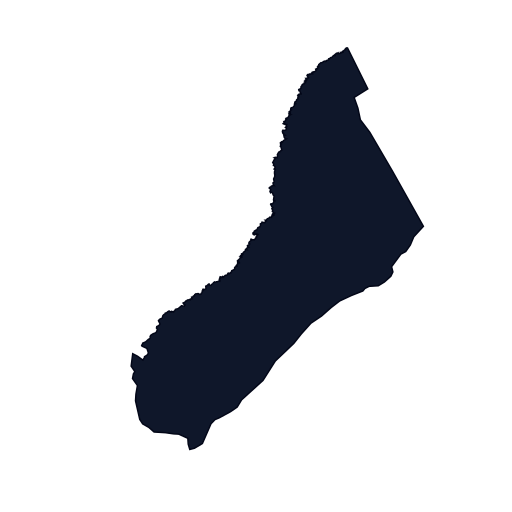 Gamboula, Mambéré-Kadéï, Central African Republic (Equal Earth projection), rotated 61°
{"feature_id": "33826404B15620845480465", "entity_name": "Gamboula", "entity_type": "district", "adm_level": 2, "iso_a3": "CAF", "parent_name": "Central African Republic", "parent_adm1": "Mambéré-Kadéï", "projection": "equal_earth", "projection_center": [14.923, 4.351], "detail": "fine", "context": "isolated", "style": "filled", "palette": "ink", "viewbox_px": 512, "rotation_deg": 61, "n_neighbors": 0, "source": "geoboundaries", "source_scale": "gbopen_adm2", "svg_char_len": 6130}
<svg xmlns="http://www.w3.org/2000/svg" viewBox="0 0 512 512"><g transform="rotate(61 256 256)"><path d="M374.3,410.0L382.4,404.0L387.7,406.5L393.1,407.7L394.3,403.0L394.0,393.8L380.9,376.7L379.2,371.2L379.7,366.7L379.8,353.7L379.0,345.7L374.8,338.3L368.2,310.2L357.2,290.0L350.8,265.4L346.1,254.1L341.4,240.5L340.3,227.8L337.5,215.1L335.9,204.6L336.8,191.7L338.4,179.5L337.2,176.5L337.4,171.7L341.3,163.5L341.0,156.3L339.1,147.9L336.3,144.0L331.1,142.6L324.6,128.4L324.7,122.9L321.2,115.7L315.7,108.7L311.2,95.2L248.5,95.5L203.0,96.5L187.5,98.7L176.1,95.2L164.9,93.3L164.0,77.2L118.4,75.1L118.2,75.8L117.8,76.1L118.2,77.4L118.7,77.2L118.9,77.5L118.7,78.2L119.0,80.1L119.7,80.7L119.0,81.0L119.2,81.8L119.8,81.9L119.7,82.8L119.1,83.2L119.7,83.9L119.0,85.7L118.6,85.5L118.9,86.3L118.4,86.6L118.1,87.4L117.8,87.0L117.7,87.4L118.2,89.8L118.6,89.4L119.1,89.6L118.3,91.2L119.1,93.4L118.7,94.4L119.0,96.0L118.8,96.6L119.4,96.6L119.6,97.3L119.2,99.8L119.8,100.2L119.6,101.0L118.9,101.3L118.6,102.9L118.9,103.2L118.9,104.5L118.4,105.5L119.0,108.3L119.5,108.6L120.0,109.7L120.2,109.1L121.0,109.4L121.2,110.7L121.7,111.0L121.6,111.8L121.9,111.7L121.6,113.2L122.0,113.2L121.9,112.5L122.3,112.7L122.3,113.4L122.9,113.5L123.3,114.8L122.9,116.1L123.2,116.3L122.8,116.9L123.3,117.4L122.6,117.8L123.1,118.8L123.7,118.7L123.1,119.4L123.5,120.1L123.1,120.8L123.2,121.4L122.8,121.3L122.9,122.5L122.4,122.6L122.4,123.1L122.9,123.9L125.5,123.6L125.6,124.3L125.1,125.0L125.2,125.8L124.9,126.3L125.9,126.2L126.1,127.5L126.8,126.5L127.1,127.0L126.8,127.5L127.2,127.9L127.2,128.5L127.7,128.1L128.4,128.7L128.0,130.1L128.8,130.8L128.4,131.9L128.7,132.8L129.5,133.5L129.6,134.4L131.3,135.6L131.1,137.9L132.3,138.3L133.2,137.5L135.0,138.2L135.7,137.7L136.3,138.2L135.3,140.0L135.7,141.6L136.3,141.5L136.0,140.5L136.8,140.9L137.0,142.0L138.1,142.8L138.7,142.8L139.1,144.8L140.1,145.7L140.2,147.4L141.2,148.0L142.0,147.6L141.7,148.7L143.1,149.5L143.9,151.7L143.4,153.4L143.9,154.1L144.8,154.7L145.4,154.3L146.0,157.1L146.7,156.5L147.1,157.6L147.7,156.8L148.0,156.9L148.1,158.3L148.6,158.3L149.0,159.1L148.8,158.1L149.2,157.5L149.2,159.0L150.5,161.1L150.1,162.8L150.4,163.4L151.3,163.1L151.4,164.2L152.4,165.7L152.0,166.4L152.9,166.5L153.4,168.1L154.0,167.7L154.1,167.0L154.8,167.0L155.0,166.1L155.8,166.0L156.0,165.5L156.8,166.6L157.7,166.4L157.8,167.9L159.0,167.4L160.1,168.5L160.3,169.3L159.6,170.9L159.0,171.4L159.6,172.4L160.4,172.7L161.5,173.0L162.3,172.4L163.0,172.9L164.5,171.9L164.3,173.3L166.1,173.8L167.3,173.6L168.3,172.6L168.4,176.0L169.0,177.3L168.5,178.0L168.8,179.8L169.1,179.9L169.0,179.3L169.5,178.5L169.8,180.0L170.1,180.2L170.6,179.8L171.0,180.8L171.5,180.8L172.0,181.6L172.8,181.3L175.9,182.1L176.0,183.7L176.4,184.6L176.1,185.4L176.6,186.5L177.7,188.2L178.8,188.5L180.2,189.9L179.0,191.3L178.9,192.4L179.6,191.9L180.3,192.2L180.6,193.4L182.4,196.1L184.1,195.8L185.2,196.8L185.4,196.5L187.0,196.1L188.1,196.6L188.7,198.0L189.7,197.2L191.2,198.9L192.7,199.8L193.7,199.7L193.9,200.3L195.3,200.8L197.2,203.3L199.7,204.0L200.2,204.6L200.3,205.7L201.7,206.2L203.2,206.0L202.6,206.7L202.7,207.3L202.3,208.6L202.7,209.5L202.6,210.8L202.9,211.5L204.9,210.8L206.3,212.5L207.8,212.6L207.8,211.5L208.9,210.9L210.9,211.4L212.3,211.0L215.4,213.5L216.3,213.7L216.7,212.6L217.1,212.7L217.0,213.8L218.4,216.1L217.6,217.7L217.8,218.1L220.5,218.2L221.7,217.8L222.3,219.2L224.0,219.1L224.9,220.1L226.4,219.7L227.5,218.8L228.5,220.0L228.3,220.7L227.5,220.6L227.2,221.1L228.0,222.1L229.0,221.3L228.9,223.2L229.8,223.7L228.7,225.1L229.2,226.7L228.9,228.0L229.6,229.6L229.2,230.5L230.3,230.1L230.4,231.1L231.2,232.2L229.3,234.3L230.1,235.2L230.0,236.6L231.5,237.3L232.3,238.4L232.1,240.6L233.5,242.5L233.3,243.8L233.5,245.6L234.4,246.4L234.3,247.4L235.1,247.9L235.4,247.3L236.1,247.7L236.7,247.3L236.3,245.2L236.7,244.9L237.3,245.3L237.7,244.0L238.1,243.8L238.8,245.1L239.0,246.3L240.0,246.6L240.1,247.8L240.7,248.5L241.0,249.9L240.4,250.4L240.0,251.7L239.2,251.7L238.9,252.4L240.0,252.9L240.5,255.1L241.3,256.1L241.9,256.0L242.1,255.6L242.5,255.8L242.5,256.4L243.0,257.0L242.7,257.7L242.8,258.5L243.9,258.8L244.7,258.3L244.5,259.4L245.0,261.0L246.2,260.8L245.3,262.1L246.5,263.2L246.6,265.0L247.5,266.6L247.1,267.6L247.7,268.0L248.5,267.1L248.9,267.8L248.2,268.5L248.3,269.3L249.8,269.0L249.1,270.4L250.2,270.2L251.2,274.6L251.6,274.7L251.8,274.0L252.6,274.9L253.1,273.7L254.0,273.8L254.1,274.2L253.4,275.6L254.4,276.3L254.7,277.8L255.6,277.6L255.5,279.6L255.9,280.4L257.3,281.2L257.1,284.4L258.0,285.0L258.1,286.3L258.7,286.5L258.3,287.4L258.5,288.3L257.6,288.4L257.5,288.8L258.7,290.7L258.0,292.2L258.8,294.9L258.7,295.2L258.2,294.8L257.7,295.0L257.8,296.4L256.8,297.4L257.2,297.9L257.8,297.5L258.0,298.3L258.3,298.1L258.6,299.4L260.3,299.5L260.6,300.0L259.8,300.8L259.8,302.2L259.3,303.1L259.3,304.6L258.6,304.8L258.7,306.1L259.3,307.0L259.4,308.7L260.0,309.5L259.0,310.8L257.7,310.6L257.6,311.2L258.2,313.4L258.0,314.6L260.3,315.5L260.4,317.3L259.6,318.0L259.4,318.7L260.6,319.0L260.5,320.0L261.9,320.8L262.1,322.1L262.8,322.8L262.1,324.3L261.4,324.3L260.7,324.9L260.5,326.1L259.9,326.8L260.1,328.4L261.0,329.0L260.6,330.1L261.2,331.0L260.8,332.2L262.4,332.5L261.8,333.5L262.5,334.6L261.8,335.1L261.8,335.9L261.2,337.4L261.7,338.3L261.3,339.0L261.9,340.6L261.8,342.6L263.1,342.5L264.4,341.8L265.1,343.2L263.4,345.2L264.3,349.6L263.6,352.3L264.5,353.6L264.6,354.6L265.1,355.2L264.3,355.7L264.2,356.7L263.5,356.7L263.4,358.2L262.2,358.4L261.9,359.0L262.0,360.7L262.4,361.3L262.0,363.0L262.4,363.2L262.7,365.5L263.2,366.6L264.9,368.1L264.6,370.4L264.8,371.5L265.3,372.7L268.6,372.8L269.3,373.3L269.7,375.1L269.6,377.0L270.8,378.0L272.4,377.7L274.4,380.3L274.5,381.3L274.1,383.7L274.3,386.4L275.0,387.6L275.8,387.8L276.4,388.4L276.8,389.3L276.7,390.4L277.6,394.1L277.3,397.4L278.2,398.1L278.5,399.0L279.0,399.5L279.7,399.3L283.9,396.2L288.1,397.0L289.0,397.5L289.9,399.4L290.0,402.3L290.7,402.7L292.2,405.4L286.2,408.2L281.7,411.2L291.8,418.6L298.4,418.0L299.6,420.3L303.3,423.4L311.8,422.5L318.5,427.9L324.3,431.6L342.6,436.9L347.9,436.5L354.0,432.8L360.5,430.5L366.6,420.9L371.6,414.3L374.3,410.0Z" fill="#0f172a" stroke="#020617" stroke-width="1.5"/></g></svg>